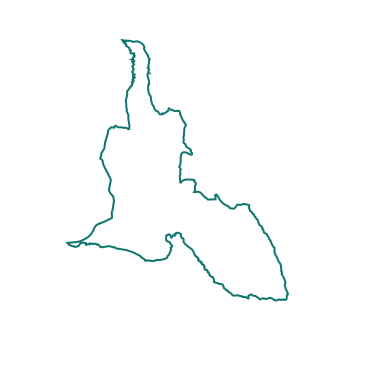 outline of Kakonko, Kigoma, United Republic of Tanzania, rotated 119°
{"feature_id": "72390352B1364689767312", "entity_name": "Kakonko", "entity_type": "district", "adm_level": 2, "iso_a3": "TZA", "parent_name": "United Republic of Tanzania", "parent_adm1": "Kigoma", "projection": "natural_earth1", "projection_center": [30.86, -3.21], "detail": "fine", "context": "isolated", "style": "outline", "palette": "teal", "viewbox_px": 384, "rotation_deg": 119, "n_neighbors": 0, "source": "geoboundaries", "source_scale": "gbopen_adm2", "svg_char_len": 6055}
<svg xmlns="http://www.w3.org/2000/svg" viewBox="0 0 384 384"><g transform="rotate(119 192 192)"><path d="M284.6,245.5L283.5,243.2L279.9,238.8L279.3,237.5L278.4,233.5L277.8,233.0L278.1,231.0L277.8,230.2L274.4,220.6L274.4,219.9L273.4,215.2L273.0,206.2L273.6,205.5L274.1,199.8L274.7,199.8L274.1,198.3L273.3,197.7L271.7,193.3L269.9,190.8L268.6,190.3L267.5,187.8L264.1,183.6L262.3,182.3L261.3,182.0L259.8,182.3L258.1,181.7L252.2,182.4L251.3,183.7L249.4,183.0L248.6,183.3L248.1,185.1L246.8,187.1L246.7,188.2L247.2,189.9L246.6,191.3L242.9,193.3L242.2,193.3L241.5,192.4L240.5,192.1L240.2,191.5L240.1,190.5L240.9,189.2L241.9,188.2L241.9,187.7L239.0,187.6L238.7,186.1L238.0,185.7L237.1,185.7L236.6,186.0L236.5,186.5L234.6,185.1L234.2,182.7L234.3,181.2L236.5,179.8L236.9,178.9L236.7,178.9L237.3,176.4L239.1,175.6L239.8,175.0L240.7,173.1L241.4,170.1L242.2,164.2L243.3,162.1L245.8,159.0L246.2,157.2L246.5,157.3L246.6,155.6L246.9,155.2L246.8,154.7L247.3,153.9L248.6,153.7L248.5,152.7L249.1,152.2L248.5,151.0L248.9,149.6L249.0,149.3L249.5,149.8L250.5,148.1L250.1,146.5L251.8,144.8L251.6,144.6L252.8,144.3L253.1,143.9L253.6,142.7L252.9,141.6L253.0,140.8L253.4,140.8L253.9,139.8L254.7,139.2L254.8,138.7L254.4,138.3L255.5,136.9L256.2,136.5L256.3,135.3L256.8,134.6L256.3,132.8L256.8,132.6L257.4,130.8L259.2,129.6L260.0,129.5L259.8,126.9L259.2,125.7L259.4,124.2L258.8,123.1L258.1,120.6L258.4,119.8L259.0,119.5L259.4,118.3L260.6,117.6L260.8,115.7L261.3,114.6L261.0,112.9L261.6,112.6L261.8,108.4L262.6,106.8L262.5,105.4L260.2,101.9L259.4,98.6L258.9,98.1L259.4,97.1L258.0,94.4L257.9,91.2L257.2,91.2L256.2,92.2L255.5,92.3L253.8,91.4L252.8,90.3L253.1,88.3L252.1,86.1L252.5,84.6L252.4,83.0L252.9,81.2L252.8,80.3L251.2,79.2L250.5,78.2L250.3,76.8L249.6,76.0L249.4,75.0L246.7,72.4L246.4,71.2L246.5,67.5L245.9,65.4L243.9,64.0L243.0,61.3L242.3,61.0L241.4,59.3L241.5,58.5L240.4,57.4L239.7,57.4L236.8,58.7L234.9,58.5L234.4,58.9L234.5,59.3L233.2,60.1L231.6,62.9L229.5,64.5L228.9,65.4L227.9,66.2L227.1,66.0L225.7,66.4L222.7,69.9L220.1,74.0L219.4,73.8L218.1,75.0L217.8,75.8L216.5,76.3L214.7,77.7L213.7,78.0L213.0,78.8L211.7,80.4L210.7,82.8L209.2,84.3L205.4,90.0L203.0,91.7L200.7,92.8L200.6,93.9L199.6,96.0L198.7,96.9L197.7,98.6L196.3,99.9L196.1,101.3L194.9,102.3L193.5,105.0L192.8,105.7L192.4,109.6L190.4,111.4L190.1,112.9L189.3,112.9L188.3,114.6L188.2,117.0L185.8,120.0L184.9,120.5L184.6,121.0L183.8,123.8L183.1,124.3L183.1,125.2L181.7,126.9L181.9,128.2L180.8,129.2L180.4,131.8L178.1,134.7L177.4,134.7L175.9,135.4L175.8,136.5L177.6,141.4L179.4,142.7L181.2,146.2L185.9,146.9L186.8,148.3L187.8,151.3L186.9,152.6L187.1,157.6L186.7,160.1L185.6,163.4L182.7,168.3L182.4,169.3L183.2,170.2L183.5,170.3L185.1,168.9L187.0,167.9L187.6,169.2L188.3,169.7L188.6,170.8L190.7,173.9L190.9,174.3L189.7,180.6L188.7,182.8L188.4,185.4L189.1,187.3L191.0,190.1L189.4,190.1L185.1,192.4L183.5,192.3L182.5,192.8L182.1,193.6L181.8,195.4L180.4,195.7L181.3,198.3L182.8,200.9L183.0,202.0L183.9,202.9L184.7,204.2L187.0,206.0L188.4,206.5L189.1,206.3L189.3,206.9L184.1,210.4L181.3,211.0L179.8,212.4L177.4,213.0L176.2,215.4L174.0,215.5L171.4,216.4L166.6,219.0L163.7,219.8L161.9,219.2L160.8,217.8L160.3,216.2L160.0,211.1L159.6,210.5L159.0,210.3L158.0,210.8L157.0,212.9L155.8,213.3L155.4,214.1L155.2,218.8L153.4,220.9L153.1,222.9L152.4,223.7L150.4,224.4L148.3,226.1L147.1,226.2L140.8,229.2L138.8,229.7L136.2,229.7L134.8,232.7L134.4,232.9L134.4,233.9L129.5,240.4L129.1,240.3L128.2,240.9L127.3,242.8L129.7,246.5L129.7,248.5L130.4,250.8L130.0,251.8L130.2,252.9L132.8,252.3L136.6,254.2L137.2,254.8L137.4,255.5L137.7,255.2L138.3,255.5L139.5,257.5L139.4,258.7L138.1,260.8L138.4,262.7L137.4,265.5L136.2,266.2L134.5,269.5L131.0,272.9L129.8,273.3L128.4,274.6L127.0,277.2L124.8,279.2L121.4,281.4L119.6,282.0L118.8,281.7L118.4,282.3L117.9,282.1L115.1,283.9L113.8,285.5L111.1,287.9L109.0,288.1L108.7,287.1L107.9,288.6L106.3,288.6L105.6,289.0L105.1,290.6L104.3,290.2L103.1,291.2L99.6,292.3L97.8,293.5L96.8,293.1L96.3,293.3L96.2,294.1L94.8,296.2L93.8,296.8L93.3,298.4L92.6,299.0L91.9,300.7L90.3,303.1L89.4,303.7L88.7,303.7L87.5,304.9L86.5,307.2L86.3,310.0L86.7,312.9L89.2,316.3L89.7,319.1L92.3,324.5L93.0,326.6L93.9,325.2L93.9,323.7L93.5,323.1L94.4,323.3L94.8,322.0L94.6,321.2L96.1,320.5L96.1,319.1L96.6,316.5L97.9,315.4L97.8,314.1L99.3,314.0L99.9,313.6L100.4,312.2L100.1,311.5L99.2,310.9L98.9,309.8L100.1,309.3L100.4,308.3L101.2,308.0L101.2,308.6L102.4,308.9L103.2,308.4L104.1,308.7L104.5,308.1L105.3,308.8L105.0,307.6L105.1,306.6L105.9,306.7L106.0,307.5L106.7,307.6L106.8,307.2L106.2,306.0L106.9,306.0L107.4,306.7L108.5,304.5L110.9,305.1L112.6,302.8L113.2,303.0L113.9,302.3L114.6,302.2L115.7,302.6L116.1,302.4L116.0,301.7L116.8,300.8L117.3,301.0L118.0,300.8L118.1,299.4L117.6,299.0L119.5,298.5L119.3,299.3L119.9,299.5L120.6,298.3L120.3,297.8L121.1,298.0L121.2,298.6L121.9,298.2L122.4,298.5L122.8,297.8L123.3,297.8L123.3,297.0L124.5,297.7L124.7,296.9L125.8,296.8L126.1,297.2L127.3,296.2L128.6,296.5L129.0,296.3L130.0,297.1L131.5,296.9L135.3,297.6L138.0,295.9L144.5,294.1L147.1,292.0L149.8,290.6L151.2,289.1L153.2,288.1L155.3,285.1L158.9,283.2L164.1,279.0L167.4,277.5L167.9,278.3L167.7,280.4L168.5,282.3L169.1,282.8L169.3,284.2L171.3,288.2L171.0,290.8L171.9,291.5L172.2,291.2L173.4,291.2L173.5,292.0L174.5,293.3L174.6,294.0L175.7,294.5L178.0,295.1L179.8,294.9L180.9,294.2L190.5,292.1L196.6,289.8L202.4,290.0L204.1,289.1L206.4,288.8L207.4,288.2L207.4,286.6L207.9,285.5L210.6,283.2L212.3,281.1L220.2,269.4L221.7,268.4L230.3,265.8L231.4,264.8L232.9,262.2L234.1,258.7L237.5,256.0L245.1,253.1L249.5,252.0L252.3,250.0L253.5,249.5L260.1,254.0L266.1,258.9L267.7,259.7L271.8,260.0L273.3,259.6L278.1,259.9L281.5,260.9L285.1,262.9L289.3,265.9L291.9,269.0L296.9,276.3L297.7,274.1L297.6,272.7L297.3,270.2L296.8,269.3L296.9,268.5L296.3,266.9L294.1,265.0L291.1,264.8L290.3,264.3L288.6,261.9L288.1,259.8L289.4,259.4L289.6,259.0L288.1,257.6L287.8,257.0L286.6,256.6L286.5,256.2L287.0,255.7L286.1,255.2L285.6,254.1L285.2,253.9L285.3,252.8L283.8,251.1L284.2,249.7L283.5,249.1L283.8,246.8L284.6,245.5Z" fill="none" stroke="#0f766e" stroke-width="2"/></g></svg>